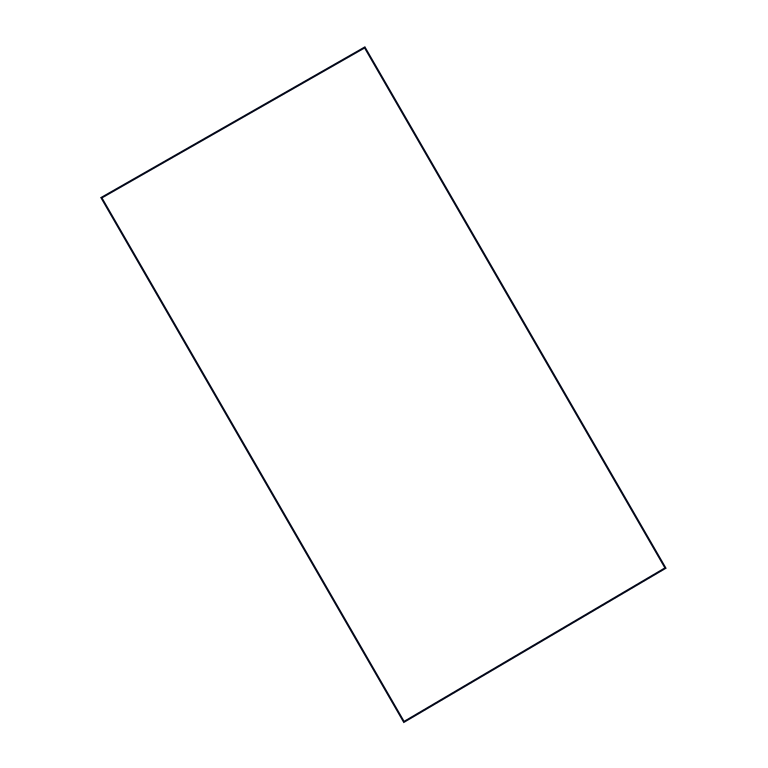 the district of Foster, North Dakota, United States of America, rotated 60°
{"feature_id": "52423323B95198922462079", "entity_name": "Foster", "entity_type": "district", "adm_level": 2, "iso_a3": "USA", "parent_name": "United States of America", "parent_adm1": "North Dakota", "projection": "orthographic", "projection_center": [-98.96, 47.457], "detail": "fine", "context": "isolated", "style": "outline", "palette": "ink", "viewbox_px": 768, "rotation_deg": 60, "n_neighbors": 0, "source": "geoboundaries", "source_scale": "gbopen_adm2", "svg_char_len": 222}
<svg xmlns="http://www.w3.org/2000/svg" viewBox="0 0 768 768"><g transform="rotate(60 384 384)"><path d="M81.4,535.6L686.6,535.7L684.1,232.3L82.9,232.4L81.4,535.6Z" fill="none" stroke="#020617" stroke-width="2"/></g></svg>